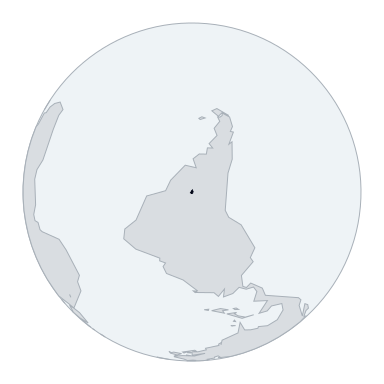 Central highlighted on a globe, orthographic projection, rotated 185°
{"feature_id": "PRY-607", "entity_name": "Central", "entity_type": "Department", "adm_level": 1, "iso_a3": "PRY", "parent_name": "Paraguay", "parent_adm1": "", "projection": "orthographic", "projection_center": [-57.553, -25.559], "detail": "fine", "context": "on_globe", "style": "filled", "palette": "ink", "viewbox_px": 384, "rotation_deg": 185, "n_neighbors": 0, "source": "natural_earth", "source_scale": "10m", "svg_char_len": 4099}
<svg xmlns="http://www.w3.org/2000/svg" viewBox="0 0 384 384"><g transform="rotate(185 192 192)"><circle cx="192" cy="192" r="169" fill="#eef3f6" stroke="#a8b0b8"/><path d="M139.6,31.4L139.4,31.4L139.7,31.5L151.6,29.1L150.0,30.2L151.7,31.0L155.1,29.6L155.0,28.6L161.7,26.8L160.7,26.4L163.3,25.7L164.4,25.3L170.1,24.5L174.9,24.1L174.3,24.6L176.4,24.6L181.8,23.7L185.1,24.8L195.2,26.3L195.4,26.9L187.3,28.2L175.4,28.8L164.9,32.4L177.6,29.4L177.9,31.9L180.5,32.2L183.9,31.9L186.0,30.9L187.4,31.8L175.4,34.6L173.9,33.8L177.8,32.8L172.2,33.3L164.0,36.0L164.9,37.5L151.8,41.5L152.2,42.8L149.6,44.7L149.8,42.2L149.1,47.0L133.9,55.6L132.7,66.3L127.5,59.2L121.7,59.8L114.5,62.0L114.1,63.7L105.1,65.4L95.9,72.2L91.0,82.4L92.8,88.7L102.9,85.4L106.7,80.1L114.6,77.0L107.4,90.4L120.9,88.6L118.7,98.5L122.4,102.7L129.5,99.9L136.8,101.1L142.5,94.4L151.5,90.2L151.2,98.2L156.6,90.3L161.3,93.6L179.5,92.2L178.0,94.1L193.2,103.6L210.3,108.6L214.3,115.2L212.2,119.0L218.2,120.6L218.3,123.3L243.0,130.2L255.9,139.4L255.7,149.3L245.3,159.2L236.8,184.1L218.4,191.0L214.3,201.9L201.1,218.1L189.9,216.5L193.8,225.2L188.1,230.5L181.0,231.0L180.5,237.3L175.2,237.6L179.2,241.7L172.0,250.5L175.5,257.4L170.5,264.8L173.0,268.9L170.7,269.0L168.6,270.8L168.8,273.2L161.1,270.0L157.4,260.7L159.1,255.7L156.0,255.3L159.4,242.8L156.5,245.5L154.8,228.2L157.8,214.0L157.3,176.6L153.2,170.0L140.2,163.6L124.5,141.9L128.2,131.7L125.0,127.9L135.5,113.2L133.1,102.4L129.5,101.6L125.6,106.4L113.6,102.4L109.9,95.5L76.7,96.0L74.1,94.1L75.4,88.4L71.3,78.1L69.8,90.6L66.9,89.9L65.9,86.4L68.1,83.9L69.7,78.1L68.0,78.3L73.0,72.1L82.7,63.2L93.0,55.1L103.9,47.8L115.4,41.4L127.3,35.9L139.6,31.4ZM131.1,70.5L146.7,73.6L137.1,75.9L139.1,74.4L135.3,72.7L128.0,72.0L119.8,75.1L131.1,70.5ZM139.7,62.6L136.9,62.7L139.7,62.2L139.7,62.6ZM161.3,25.9L162.8,25.6L161.8,25.8L161.3,25.9ZM174.5,277.3L162.0,271.4L168.8,273.9L172.3,269.7L179.3,274.6L174.5,277.3ZM185.4,266.9L190.2,264.9L191.6,266.0L188.7,267.8L185.4,266.9ZM300.9,62.8L299.6,61.8L303.6,67.8L300.0,66.3L293.5,62.0L284.0,52.4L292.9,56.9L289.7,54.3L281.0,48.5L284.5,50.6L282.2,49.1L300.9,62.8ZM353.3,242.4L352.9,243.6L350.9,246.4L346.0,257.8L344.2,258.3L340.8,264.3L336.5,268.2L331.2,270.1L327.7,262.9L331.4,256.8L335.7,242.2L343.3,210.9L348.4,200.8L349.8,191.0L346.7,165.7L347.7,155.8L345.9,149.8L342.7,148.2L340.1,141.2L337.8,139.4L320.3,133.3L312.4,123.4L296.9,99.2L298.2,92.7L294.0,83.8L299.5,66.2L305.7,70.4L315.7,76.9L317.8,79.3L322.1,84.4L328.8,92.8L335.5,102.8L341.5,113.3L346.8,124.2L351.2,135.4L354.8,147.0L357.7,158.7L359.6,170.7L360.7,182.7L360.9,194.8L360.3,206.9L358.8,218.9L356.5,230.7L353.3,242.4ZM303.5,76.5L304.7,78.8L304.8,78.8L303.5,76.5ZM180.1,92.1L182.2,93.6L179.2,93.7L180.1,92.1ZM135.4,79.1L138.9,78.6L140.6,79.5L137.9,80.3L135.4,79.1ZM165.4,75.4L169.6,75.8L165.1,76.7L165.4,75.4ZM149.2,74.1L162.1,75.5L153.5,78.4L145.4,77.8L151.2,76.4L149.2,74.1ZM137.3,66.7L139.4,66.8L138.5,68.1L137.3,66.7ZM141.7,62.3L140.8,62.5L139.9,61.8L141.7,62.3ZM178.6,31.7L179.6,31.5L182.9,31.5L181.1,32.0L178.6,31.7ZM199.4,29.6L201.1,31.3L198.6,30.2L196.3,30.9L188.3,30.1L195.1,27.3L193.4,28.5L199.4,29.6ZM179.5,28.7L183.8,29.2L178.8,28.8L179.5,28.7ZM270.9,42.6L269.1,41.8L265.9,40.0L270.9,42.6ZM279.1,47.2L277.0,46.1L277.3,46.2L279.1,47.2ZM181.8,23.4L182.6,23.3L177.4,23.7L180.1,23.6L173.9,24.0L181.8,23.4ZM212.3,24.3L211.7,24.2L212.6,24.6L205.3,23.8L199.7,23.2L199.0,23.2L212.3,24.3ZM312.6,73.7L311.6,72.7L308.9,70.0L312.6,73.7ZM341.3,271.1L342.0,269.7L345.8,261.9L346.3,260.9L341.3,271.1Z" fill="#d9dde1" stroke="#a8b0b8" stroke-width="1"/><path d="M191.8,192.2L192.0,192.0L192.0,191.7L191.9,191.6L192.0,191.4L192.0,191.2L191.9,191.0L192.0,191.0L192.0,190.9L192.1,190.7L192.3,190.7L192.3,190.8L192.5,190.9L192.5,191.0L192.7,191.3L192.8,191.5L193.0,191.5L192.9,191.7L192.8,191.8L192.6,192.1L192.4,192.3L192.3,192.5L192.4,192.9L192.4,193.0L192.1,193.3L192.1,193.2L191.9,193.0L191.8,192.9L191.7,192.9L191.6,192.7L191.5,192.8L191.4,192.7L191.4,192.8L191.3,192.7L191.5,192.5L191.4,192.5L191.4,192.4L191.5,192.3L191.7,192.2L191.8,192.2Z" fill="#0f172a" stroke="#020617" stroke-width="1.5"/></g></svg>